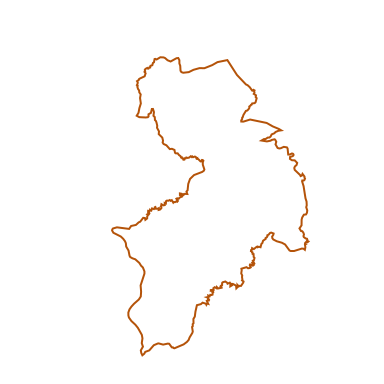 outline of Atrato (Yuto), Chocó, Colombia, rotated 157°
{"feature_id": "7082276B67821658402915", "entity_name": "Atrato (Yuto)", "entity_type": "district", "adm_level": 2, "iso_a3": "COL", "parent_name": "Colombia", "parent_adm1": "Chocó", "projection": "orthographic", "projection_center": [-76.61, 5.549], "detail": "fine", "context": "isolated", "style": "outline", "palette": "amber", "viewbox_px": 384, "rotation_deg": 157, "n_neighbors": 0, "source": "geoboundaries", "source_scale": "gbopen_adm2", "svg_char_len": 5981}
<svg xmlns="http://www.w3.org/2000/svg" viewBox="0 0 384 384"><g transform="rotate(157 192 192)"><path d="M213.1,283.8L211.3,281.5L205.5,278.7L203.4,278.1L202.5,278.5L201.7,280.5L198.9,280.9L196.5,284.1L195.5,283.7L195.8,280.4L197.7,277.2L197.0,275.5L198.0,272.7L197.5,271.7L197.5,270.1L198.1,266.6L199.1,264.8L198.7,260.7L200.0,258.3L198.1,253.7L198.6,250.6L199.7,249.0L199.4,247.3L197.3,245.0L195.7,240.2L193.6,239.6L191.7,237.6L192.3,234.8L191.9,234.0L190.1,233.2L189.5,231.0L188.6,229.5L188.6,228.1L187.8,227.9L187.9,226.9L187.3,226.5L187.3,225.1L186.4,224.8L185.6,225.9L184.7,225.4L183.8,226.0L182.8,225.1L181.2,224.8L179.1,225.4L178.6,224.3L177.8,224.6L177.4,223.6L175.5,223.5L174.8,222.7L174.8,221.3L174.0,221.2L174.4,220.5L173.4,219.9L172.2,216.8L171.3,216.5L170.3,217.6L169.7,217.3L169.3,216.4L170.6,214.9L171.4,212.8L171.8,207.9L172.7,207.0L174.7,206.5L183.5,206.8L188.7,204.8L192.3,200.9L195.4,195.3L196.9,194.6L197.1,192.0L199.3,193.1L201.3,192.5L201.2,193.5L202.0,193.5L202.2,194.4L203.7,195.4L204.3,193.9L203.4,193.2L203.3,191.7L205.6,191.7L206.9,191.0L208.1,192.0L209.0,191.9L208.5,189.3L209.5,188.8L210.0,189.5L211.7,189.3L212.6,189.9L213.4,189.5L213.8,192.4L215.1,192.2L215.6,193.3L217.2,193.2L218.4,193.9L219.5,193.7L220.5,191.7L221.4,192.6L222.2,190.6L223.6,190.9L224.9,192.7L226.2,190.8L226.0,190.2L226.6,189.0L228.4,188.3L229.7,188.5L228.9,190.1L230.1,190.0L231.8,190.7L231.6,192.5L232.2,192.5L232.8,191.4L233.7,191.1L235.2,192.5L236.8,190.7L237.7,191.3L237.8,191.9L238.6,191.1L239.7,191.8L240.3,190.5L239.6,189.7L239.6,188.9L240.5,188.3L241.3,189.0L242.0,188.9L241.5,187.9L242.8,187.0L243.6,185.2L245.8,184.6L245.5,186.4L247.0,187.3L251.3,184.9L252.9,184.9L256.5,183.6L261.3,184.5L264.3,182.6L274.9,188.8L279.0,189.3L280.0,188.7L280.6,187.8L280.3,185.2L274.9,178.8L273.6,175.8L272.9,172.8L272.9,170.7L273.9,167.5L273.3,162.9L274.4,157.7L274.3,156.3L272.8,154.3L270.5,152.2L268.2,147.3L267.7,144.1L266.7,141.7L266.8,137.5L267.7,135.4L275.8,126.1L277.8,120.1L280.0,115.8L283.0,113.8L289.0,111.8L292.5,110.2L295.4,108.4L297.7,105.9L298.8,103.2L299.1,101.1L298.2,96.9L296.0,92.0L294.9,88.1L294.0,80.1L294.8,76.6L297.3,72.5L297.6,68.8L301.0,66.2L301.6,63.6L301.5,61.1L299.1,61.8L297.5,63.1L293.2,62.9L287.0,65.9L282.8,65.9L281.9,65.7L278.2,62.8L273.5,61.9L272.3,61.2L271.3,56.9L270.2,56.4L270.0,55.6L269.2,55.0L259.2,55.0L255.2,56.0L252.8,57.2L251.1,59.0L246.7,62.2L245.8,63.3L244.7,67.7L243.7,68.2L243.0,70.1L241.9,70.6L240.3,74.6L238.1,76.2L235.6,80.5L231.7,85.9L227.6,85.3L225.5,86.0L222.8,83.7L222.8,82.6L221.6,83.5L220.8,82.8L220.9,86.0L220.3,86.0L219.3,86.8L218.8,85.7L218.4,86.0L218.4,86.6L219.1,87.2L218.5,88.3L219.5,89.3L217.8,89.0L217.5,90.3L216.4,89.2L215.4,90.2L214.5,89.6L213.2,89.5L212.6,90.8L211.5,91.5L211.5,92.0L212.4,92.2L212.3,93.6L213.3,93.8L213.0,94.4L210.3,93.5L209.9,95.1L208.3,95.5L207.0,93.8L206.3,94.8L205.6,93.0L202.1,92.3L202.0,92.6L203.0,93.2L202.9,93.7L202.2,94.4L200.7,94.5L199.8,96.5L199.1,96.9L196.3,96.6L195.1,94.7L195.1,93.7L192.6,93.8L192.4,92.8L193.6,90.2L191.5,90.5L191.1,91.8L190.3,91.4L188.0,88.6L188.8,86.0L186.6,86.9L186.3,88.3L185.7,86.8L184.8,87.0L183.6,86.4L180.2,88.6L179.5,89.5L180.5,91.1L179.8,91.7L179.2,94.2L178.4,95.5L178.5,97.8L176.8,100.6L176.5,102.1L171.2,101.5L170.2,99.9L168.6,99.5L167.4,99.7L167.5,101.8L167.0,102.6L166.1,102.3L165.3,100.7L164.7,100.4L163.7,100.7L164.1,103.4L163.6,103.3L163.2,101.5L162.6,101.7L162.8,105.0L161.7,105.0L160.2,106.9L160.6,108.1L159.6,110.8L160.4,111.3L159.9,112.7L160.4,113.1L160.2,114.2L160.8,114.6L160.3,115.5L159.2,115.7L158.6,116.8L157.4,115.3L153.8,116.3L153.1,116.2L153.1,115.5L151.7,115.4L150.5,114.4L148.3,117.2L147.2,117.5L145.6,119.4L142.6,120.0L142.2,120.9L140.8,121.1L139.7,122.0L139.6,122.7L138.1,122.8L136.2,123.8L135.0,123.7L133.1,121.9L133.8,120.9L135.7,119.6L136.1,118.0L135.7,116.5L133.2,113.5L129.1,110.2L126.8,107.3L125.1,100.1L124.3,99.2L121.1,97.8L112.9,97.0L111.5,96.2L110.7,94.7L109.2,96.9L108.6,99.4L107.8,99.5L108.2,100.0L108.0,100.7L106.8,101.3L105.4,100.6L104.2,101.0L105.2,102.2L104.5,102.8L104.4,104.0L105.5,104.8L106.7,106.8L106.6,107.9L105.5,109.2L105.4,111.1L105.8,112.8L106.9,113.5L107.3,116.5L104.2,118.5L101.9,123.7L100.6,125.4L97.9,127.4L95.8,126.8L94.3,128.0L93.1,130.0L92.8,133.4L91.6,134.9L90.3,138.4L90.0,141.8L87.0,153.8L86.5,158.8L86.0,159.5L84.7,158.9L83.7,159.2L82.7,160.3L82.9,161.1L82.4,162.3L83.2,165.5L84.5,164.2L85.8,164.2L85.9,165.5L88.8,172.2L88.5,174.1L87.3,175.3L85.2,176.0L83.8,177.7L85.1,181.0L87.6,182.2L88.9,184.2L88.1,185.9L85.2,185.7L84.3,186.1L83.9,186.9L84.1,187.7L84.9,188.4L87.5,188.3L88.8,188.9L87.0,194.7L87.2,196.0L89.9,197.7L93.2,197.6L94.7,198.0L96.0,199.1L96.5,203.2L94.8,205.3L95.0,207.7L95.5,208.3L98.6,208.8L99.5,208.5L103.3,209.3L107.9,212.2L105.0,212.6L103.6,212.0L101.1,212.5L99.4,211.9L97.9,212.4L96.2,213.9L93.2,213.9L91.7,214.6L88.6,214.6L85.8,213.9L87.4,216.1L92.0,220.8L96.3,226.4L110.2,236.0L117.2,236.7L119.1,237.6L118.7,238.7L117.4,239.5L116.7,240.9L116.1,241.0L114.6,242.8L110.7,245.6L109.2,245.4L107.1,246.4L106.2,247.2L105.9,248.3L104.3,248.7L103.7,249.2L103.0,249.1L102.0,250.0L99.6,249.3L98.4,249.8L95.8,253.1L96.3,254.5L95.3,256.0L96.8,258.2L95.7,259.0L95.3,260.7L94.8,261.1L95.5,262.0L96.5,261.5L97.0,261.8L97.9,265.9L99.1,268.6L100.3,269.9L104.9,282.2L107.9,299.6L117.8,301.6L123.8,300.9L132.2,301.1L136.7,303.1L142.9,303.9L148.1,303.6L153.5,305.2L154.9,306.5L155.2,308.1L153.5,312.8L153.4,315.2L152.1,318.3L152.3,320.7L154.0,321.2L160.7,320.5L163.0,322.8L164.5,325.9L165.6,327.0L168.5,328.4L172.8,327.8L173.8,328.9L174.5,329.0L176.3,326.3L177.6,326.0L179.0,324.2L180.9,324.4L181.8,323.0L182.5,323.4L183.8,322.6L184.3,322.7L184.7,323.7L186.7,323.5L187.8,322.8L187.9,321.5L188.8,321.1L188.3,319.4L190.4,317.0L195.8,316.8L196.7,316.6L197.1,316.0L199.3,315.5L199.1,314.1L199.8,312.9L201.0,311.9L200.5,310.9L201.2,310.2L201.4,307.9L201.0,306.1L201.6,304.3L201.1,301.9L203.1,298.8L204.5,293.5L207.7,289.7L210.3,285.8L213.1,283.8Z" fill="none" stroke="#b45309" stroke-width="2"/></g></svg>